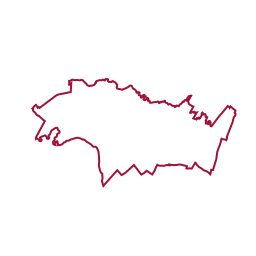 Gohor, Galati, Romania (Natural Earth projection), rotated 115°
{"feature_id": "2599482B74924785680868", "entity_name": "Gohor", "entity_type": "district", "adm_level": 2, "iso_a3": "ROU", "parent_name": "Romania", "parent_adm1": "Galati", "projection": "natural_earth1", "projection_center": [27.4, 46.03], "detail": "fine", "context": "isolated", "style": "outline", "palette": "rose", "viewbox_px": 256, "rotation_deg": 115, "n_neighbors": 0, "source": "geoboundaries", "source_scale": "gbopen_adm2", "svg_char_len": 5661}
<svg xmlns="http://www.w3.org/2000/svg" viewBox="0 0 256 256"><g transform="rotate(115 128 128)"><path d="M150.7,222.9L151.0,222.0L151.8,221.9L152.4,221.4L152.8,220.4L153.5,218.1L154.1,217.6L154.5,216.7L154.9,214.8L154.7,213.9L156.4,208.3L156.9,206.3L174.7,207.4L175.9,207.2L176.7,206.8L176.2,206.5L175.9,205.6L176.4,203.7L177.1,202.9L177.1,202.0L176.3,201.2L175.3,201.2L174.8,202.2L174.4,203.3L173.8,203.7L172.6,202.9L171.5,201.7L169.9,200.3L169.7,199.7L170.7,197.7L171.8,197.2L171.6,195.8L170.9,195.2L169.8,195.5L169.6,196.2L168.4,196.8L166.6,196.0L164.0,196.3L162.6,196.2L158.8,193.9L158.2,193.4L157.8,192.1L159.4,190.5L159.7,189.1L160.4,188.4L161.3,188.2L161.9,188.4L162.5,189.1L163.5,189.6L165.6,189.0L166.1,189.0L167.5,190.2L168.5,190.2L169.2,189.6L170.4,189.5L171.1,190.0L172.3,190.1L174.1,189.0L174.3,187.9L174.0,186.6L171.7,187.9L170.7,187.4L170.4,187.1L169.9,186.5L170.4,186.0L171.1,186.0L171.5,185.2L172.7,184.1L173.1,184.1L171.6,181.7L170.3,180.7L168.1,179.9L167.5,179.1L167.0,178.8L165.9,178.5L165.4,178.0L164.5,176.4L162.8,175.2L158.8,170.7L158.1,169.6L157.5,166.2L157.7,165.1L157.7,164.4L157.3,164.0L157.1,162.8L157.9,159.8L158.1,157.2L158.6,154.3L159.5,152.0L159.6,151.4L159.4,150.8L159.0,150.0L158.6,149.0L159.1,148.0L160.1,146.6L162.4,144.4L164.4,143.4L165.3,142.7L170.6,139.9L174.1,138.7L177.7,136.0L179.4,134.2L179.8,133.8L180.0,133.1L180.2,132.3L180.5,131.8L181.6,131.4L183.9,130.0L185.2,129.6L187.0,129.3L190.9,125.9L170.8,119.9L173.4,113.9L169.5,111.3L159.0,107.0L164.6,96.3L161.9,94.3L161.1,93.9L160.5,93.8L160.0,93.4L158.9,93.1L159.9,86.4L155.0,85.8L151.7,86.1L149.1,85.9L149.2,85.6L149.0,84.1L147.0,79.3L145.9,78.0L145.1,77.3L144.8,76.0L144.3,74.6L143.6,75.1L143.5,74.6L142.7,71.9L141.8,69.9L140.9,68.3L139.4,66.1L139.0,65.0L138.6,63.5L137.7,58.4L139.9,58.0L139.6,56.7L138.7,55.6L137.9,53.1L131.0,52.4L131.2,51.6L132.4,49.8L133.2,47.8L133.4,47.0L133.5,44.7L133.8,43.9L133.8,43.3L134.1,42.2L134.3,41.1L134.0,38.9L134.0,38.1L134.7,34.9L135.2,33.9L134.4,33.9L132.4,34.5L130.7,34.9L130.1,33.1L127.6,33.6L124.8,33.9L124.1,34.2L119.3,34.7L112.0,37.0L106.7,37.5L105.5,37.5L101.4,38.0L100.1,38.4L98.2,38.7L98.1,37.5L97.4,34.6L97.5,33.8L95.4,34.0L94.0,34.7L78.4,35.7L75.5,36.3L73.5,36.6L71.5,36.1L69.9,36.3L69.5,37.2L69.0,37.9L68.0,37.7L66.7,38.1L66.1,40.9L65.6,42.4L65.1,44.3L66.8,44.4L66.6,44.7L65.9,46.9L69.0,47.6L80.3,50.7L90.6,52.9L91.0,53.0L90.9,53.3L91.3,53.9L91.2,54.3L90.9,54.5L88.6,55.3L87.8,55.7L87.4,56.1L87.2,57.0L87.4,57.5L88.0,57.9L89.8,56.8L90.4,56.8L90.6,57.1L89.7,57.7L89.6,58.1L90.0,58.5L91.0,59.1L91.0,59.4L89.9,59.9L88.9,59.9L88.7,60.1L88.7,60.6L88.3,60.8L87.7,60.6L86.4,60.8L85.0,60.7L84.7,60.8L84.7,61.4L85.1,61.9L85.1,62.3L84.9,62.6L84.1,62.7L82.9,63.6L82.8,63.9L82.9,64.3L83.8,65.1L84.0,65.5L83.9,65.8L83.3,66.5L82.7,66.7L82.5,67.0L82.9,67.3L83.9,67.3L84.4,67.1L84.6,66.9L85.2,66.6L88.9,66.9L89.4,67.3L88.7,68.0L88.7,68.5L89.3,69.0L90.3,69.0L90.5,69.5L90.3,69.8L91.2,70.2L91.4,70.1L91.7,72.9L84.9,72.2L85.5,72.9L86.0,72.9L86.3,73.2L86.0,73.4L85.6,73.4L85.2,74.5L85.3,75.0L85.6,75.2L86.3,75.3L86.3,76.4L87.9,77.6L88.0,77.9L87.9,78.2L80.9,77.8L81.1,79.4L80.5,82.7L80.3,83.2L78.8,84.3L78.5,84.9L72.0,84.4L72.1,84.8L72.6,85.1L73.2,86.1L73.6,86.4L74.3,86.4L74.8,86.2L75.1,86.6L75.4,86.8L76.9,86.5L77.0,86.6L77.1,87.0L77.4,87.1L77.6,87.0L78.2,86.4L78.4,86.3L78.5,86.7L78.4,87.6L78.9,88.4L79.3,88.5L80.5,88.4L80.8,88.6L80.7,89.0L80.8,89.3L81.1,89.5L83.5,90.0L84.2,90.6L85.2,91.1L85.9,90.9L86.8,91.2L87.1,93.5L87.5,93.8L88.3,93.7L89.0,94.1L89.2,94.5L89.1,94.8L88.5,95.3L89.1,97.2L89.1,97.7L88.7,98.3L88.6,99.9L88.7,100.4L89.7,101.3L88.9,102.6L88.8,103.2L89.1,104.3L88.8,105.0L88.8,105.8L88.5,106.0L87.8,106.0L87.7,106.2L88.0,106.5L89.3,107.1L89.5,108.0L90.4,108.5L90.3,109.0L90.5,109.5L91.7,109.8L92.2,110.1L92.3,110.3L91.3,111.4L91.3,111.7L91.5,112.3L92.1,112.7L92.4,113.1L93.9,115.8L94.9,117.0L95.6,118.2L95.7,119.0L95.5,119.4L95.2,119.6L94.7,119.6L94.3,120.0L94.4,120.3L94.7,120.6L94.9,121.2L94.5,121.6L94.1,121.5L92.8,122.0L92.6,122.2L92.5,123.2L93.2,123.7L94.2,123.6L95.1,124.0L95.8,124.7L95.8,125.2L95.7,125.7L95.3,126.2L94.5,126.0L93.2,126.2L92.2,125.4L91.9,125.4L91.8,125.6L91.9,126.1L92.0,126.3L92.7,126.6L92.8,126.8L92.4,127.4L92.1,127.4L91.5,127.1L91.2,127.2L91.2,127.4L91.5,127.8L92.2,128.2L94.0,128.2L94.9,128.8L94.9,129.2L94.7,129.4L94.2,129.2L93.5,129.3L93.3,129.5L93.5,130.0L93.3,131.0L93.6,132.0L93.5,132.3L93.2,132.4L91.5,132.3L91.0,132.6L90.9,133.0L91.0,133.5L91.5,134.2L92.3,134.6L92.4,134.8L92.3,135.3L91.2,135.9L91.0,136.2L90.3,137.8L90.1,138.6L90.2,139.7L89.9,140.6L88.5,142.0L88.3,142.6L88.4,143.2L88.6,143.9L89.2,144.4L91.0,145.3L91.8,145.9L93.2,147.0L94.6,148.5L95.7,149.3L96.7,153.8L96.8,154.3L96.6,154.8L95.9,155.5L94.7,155.5L93.4,156.1L93.2,156.4L93.2,156.9L92.1,158.5L92.0,159.0L92.2,160.1L91.9,161.1L91.9,161.6L92.3,162.1L93.1,162.4L93.5,162.7L93.8,163.2L94.3,165.0L94.2,165.5L93.9,166.1L92.8,166.4L92.3,166.8L92.3,167.2L92.9,167.9L93.0,168.7L93.2,169.0L93.6,169.2L94.3,169.0L94.7,169.1L94.9,169.7L94.7,170.2L94.9,171.3L95.2,171.6L95.8,171.9L96.1,172.3L96.4,173.6L98.6,176.2L99.1,176.5L99.9,176.7L100.2,176.7L100.1,176.2L100.6,176.1L101.1,176.4L103.1,176.7L103.8,177.5L104.5,178.0L104.7,178.7L105.4,179.3L105.8,180.2L106.4,180.8L106.4,182.9L106.3,183.5L105.7,184.1L104.7,186.9L104.4,188.1L103.9,188.9L103.9,190.3L104.2,190.9L104.9,191.3L105.3,192.1L106.0,194.7L106.8,195.8L107.2,196.7L107.6,198.2L107.7,199.0L109.9,200.5L110.1,201.2L109.3,201.6L113.6,199.7L113.0,198.8L112.5,199.0L111.2,198.4L119.6,195.1L127.2,205.4L128.9,206.8L147.1,216.6L146.7,217.3L146.7,217.9L147.8,218.3L145.9,221.1L147.1,221.9L149.2,222.5L149.8,222.5L150.7,222.9Z" fill="none" stroke="#9f1239" stroke-width="2"/></g></svg>